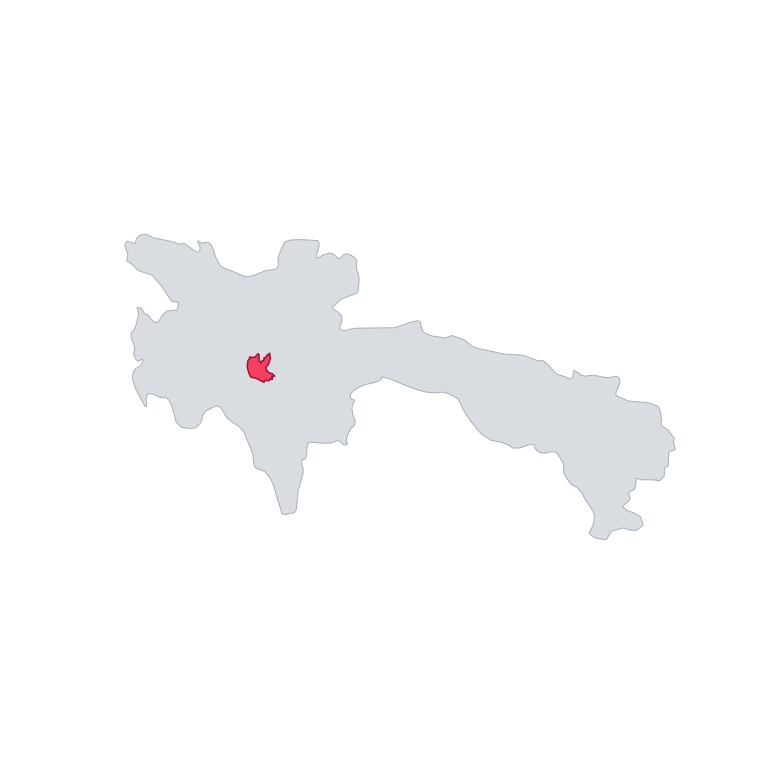 Xieng Ngeun, Louangphrabang, Laos shown in context, rotated 322°
{"feature_id": "54806243B25944960154772", "entity_name": "Xieng Ngeun", "entity_type": "district", "adm_level": 2, "iso_a3": "LAO", "parent_name": "Laos", "parent_adm1": "Louangphrabang", "projection": "natural_earth1", "projection_center": [102.356, 19.612], "detail": "fine", "context": "in_parent", "style": "filled", "palette": "rose", "viewbox_px": 768, "rotation_deg": 322, "n_neighbors": 0, "source": "geoboundaries", "source_scale": "gbopen_adm2", "svg_char_len": 7829}
<svg xmlns="http://www.w3.org/2000/svg" viewBox="0 0 768 768"><g transform="rotate(322 384 384)"><path d="M289.2,120.5L292.1,126.5L305.9,142.8L308.3,147.2L313.3,150.6L317.6,165.0L319.3,165.9L321.6,164.9L323.4,162.9L324.8,157.3L325.7,156.7L327.3,161.3L331.2,162.7L332.9,164.7L333.4,168.2L332.8,171.7L329.6,179.9L327.7,190.9L341.2,214.6L346.8,217.8L360.3,221.7L369.5,226.9L373.7,225.7L377.7,219.8L382.6,216.5L391.6,211.5L394.3,211.2L399.3,213.2L407.5,219.1L420.0,230.1L419.6,233.0L417.3,235.9L410.7,240.3L408.6,243.1L409.9,244.1L415.4,244.8L422.0,247.3L424.0,250.2L425.1,256.8L426.3,258.0L432.3,257.3L434.2,258.2L436.4,260.3L438.6,265.8L438.5,269.9L432.5,277.1L431.8,281.4L428.7,286.5L420.5,295.1L418.3,295.6L403.0,290.9L390.8,291.5L389.8,293.3L391.9,298.5L392.5,303.7L390.6,307.6L383.6,312.7L383.3,314.9L384.8,317.2L395.0,321.8L427.5,346.6L442.4,351.4L448.9,354.5L450.6,356.3L450.5,358.4L448.8,361.2L447.4,366.0L447.4,368.9L448.9,371.8L451.6,376.0L460.7,385.4L467.4,387.6L474.4,398.4L476.5,407.8L480.0,413.9L497.0,434.3L511.2,446.8L519.6,460.4L523.7,463.4L525.0,468.3L526.2,482.6L531.2,489.7L532.2,492.6L534.3,494.7L536.7,495.1L541.6,490.4L542.6,491.1L544.9,498.6L547.0,501.4L554.5,506.0L562.4,515.1L566.7,518.4L572.1,521.0L572.9,523.8L571.9,526.7L570.2,528.6L561.0,533.9L559.8,536.1L566.0,547.7L581.4,562.1L586.2,570.7L585.2,574.8L581.0,583.2L577.9,585.4L577.0,588.0L579.5,594.9L579.3,605.4L576.3,607.9L573.7,614.4L571.8,614.8L567.1,612.5L557.3,623.6L553.0,623.0L548.1,629.2L541.7,630.0L537.3,625.4L527.9,618.0L524.5,613.4L521.6,617.4L516.6,621.2L509.7,619.8L507.8,625.4L506.5,626.4L498.0,627.3L496.4,628.2L497.8,633.3L502.8,641.8L504.4,646.8L501.3,654.8L492.5,654.6L488.6,651.3L483.6,644.5L472.4,640.0L464.9,643.1L462.6,642.9L457.0,637.2L454.9,633.5L453.6,628.0L462.1,623.6L466.4,620.1L469.3,616.4L470.4,612.6L471.8,596.7L473.0,591.0L472.3,584.1L469.9,578.7L469.9,570.6L471.1,564.0L474.3,560.7L476.6,556.0L477.9,545.3L476.9,542.6L473.6,540.0L468.2,537.5L464.8,534.4L463.4,530.6L463.6,527.3L465.2,524.5L461.1,521.3L451.3,517.8L445.9,513.6L444.7,508.6L440.6,502.2L433.6,494.2L429.8,482.8L429.4,467.8L430.2,455.7L433.2,441.6L429.1,431.4L424.6,426.0L418.3,422.1L412.3,416.4L406.7,409.0L399.9,398.1L391.9,383.7L386.6,377.2L383.9,378.7L378.2,377.4L369.5,373.2L361.9,371.0L355.4,370.6L351.2,371.6L349.2,373.8L349.1,376.0L350.7,378.1L349.9,379.8L346.5,381.0L343.7,383.4L340.7,388.7L338.5,395.6L335.3,398.3L330.4,398.8L325.5,400.8L320.7,404.2L318.4,406.7L318.7,408.5L317.6,408.9L315.3,407.9L314.2,405.6L314.3,402.0L311.8,399.6L306.8,398.4L301.1,394.5L290.2,384.5L287.7,384.1L284.1,386.7L279.4,392.2L275.6,394.5L272.5,393.3L270.2,395.3L268.5,400.4L265.5,404.4L250.8,415.1L237.6,429.0L234.2,430.3L226.3,426.4L223.7,423.7L234.7,395.3L236.4,388.4L236.1,379.3L231.4,371.7L231.2,369.5L232.0,367.1L237.6,358.3L244.1,335.6L243.8,328.6L240.9,320.8L239.4,313.5L240.7,303.4L240.2,299.5L237.1,297.6L227.1,295.6L221.3,297.2L218.6,300.0L215.2,301.7L208.9,302.6L202.9,299.2L197.9,293.5L196.7,286.4L203.0,271.2L204.6,265.4L204.4,262.6L203.3,259.7L201.8,259.4L198.7,255.8L195.6,249.5L192.6,246.6L189.9,247.1L187.3,249.5L183.1,255.5L181.8,254.7L185.5,233.8L189.0,224.8L193.1,220.7L197.5,218.9L202.1,219.6L205.9,218.8L209.0,216.6L208.7,215.4L205.1,215.1L203.6,212.7L204.4,208.2L206.0,205.4L208.5,204.0L211.0,199.5L213.3,191.9L216.2,188.0L219.5,187.9L225.3,184.6L233.4,178.1L236.6,171.9L239.6,174.7L238.5,182.0L240.1,183.5L240.8,186.1L240.4,190.2L241.1,193.6L242.3,195.3L244.1,196.1L252.7,193.2L258.0,192.9L266.6,198.3L271.7,194.3L271.8,192.8L267.6,187.8L268.9,169.5L268.4,155.5L261.3,145.2L259.8,141.0L259.1,134.2L257.1,128.5L262.2,123.8L265.0,115.3L268.5,113.2L269.7,113.5L274.0,119.9L279.5,116.7L283.7,116.7L287.3,118.4L289.2,120.5Z" fill="#d9dde1" stroke="#a8b0b8" stroke-width="1"/><path d="M302.7,310.3L302.5,308.0L302.4,307.7L302.3,307.4L302.1,307.0L302.0,306.7L301.7,306.3L301.6,306.1L301.3,305.8L300.9,305.4L300.8,305.2L300.7,305.1L300.5,304.8L300.4,304.5L300.2,304.2L300.2,303.9L300.2,303.5L300.3,303.2L300.0,302.6L299.7,302.1L299.7,301.7L299.8,301.5L300.2,301.2L300.4,300.7L300.4,300.4L300.4,300.0L300.5,299.3L300.6,299.0L301.2,298.3L301.7,298.1L303.2,298.0L303.7,297.8L303.9,297.7L304.3,297.6L305.0,297.4L310.4,293.8L310.6,293.4L310.7,293.2L310.8,293.1L311.2,292.2L311.4,291.8L311.5,291.6L311.8,291.2L312.0,290.9L312.2,290.7L312.4,290.4L312.5,290.2L312.7,289.8L312.8,289.6L312.6,289.3L312.4,289.3L312.1,289.4L311.9,289.5L311.7,289.6L311.6,289.8L311.4,289.9L311.2,290.0L311.1,289.9L311.0,290.0L310.9,290.1L310.7,290.1L310.7,289.9L310.7,289.6L310.4,289.6L310.2,289.7L310.0,289.4L309.8,289.4L309.7,289.4L309.7,289.2L309.4,289.3L309.2,289.4L309.2,289.5L308.9,289.7L308.7,289.7L308.5,289.8L308.3,289.9L308.2,290.0L308.0,289.9L307.9,289.9L307.8,290.0L307.7,290.0L307.4,290.0L307.2,290.1L306.9,290.1L306.7,290.1L306.5,289.9L306.4,289.9L306.2,289.8L306.1,289.7L305.9,289.5L305.7,289.7L305.5,289.8L305.3,289.9L305.2,289.9L305.2,290.0L305.0,290.3L304.9,290.5L304.8,290.8L304.7,290.8L304.2,290.9L303.9,291.0L303.6,291.1L303.3,291.1L303.0,291.0L302.8,291.1L302.6,291.3L302.4,291.3L302.4,291.2L302.1,291.0L302.0,290.8L301.8,290.7L301.6,290.7L301.5,290.8L301.4,291.0L300.9,291.0L300.7,291.0L300.6,290.9L300.4,290.9L300.2,291.0L300.0,290.9L299.9,291.0L299.9,290.9L299.9,290.7L299.9,290.4L300.0,290.2L299.9,289.8L299.9,289.7L300.0,289.5L300.0,289.4L300.0,289.2L300.2,288.4L300.3,288.2L300.5,288.0L300.9,287.7L301.2,287.4L301.4,287.2L301.6,286.9L301.7,286.2L301.7,285.8L302.1,285.7L302.4,285.5L302.9,285.0L303.1,284.6L303.3,284.3L303.4,283.9L303.5,283.4L303.6,282.8L303.2,282.7L302.9,282.7L302.2,282.7L301.8,282.8L301.4,282.9L301.0,283.0L300.9,283.0L300.7,283.1L300.1,283.1L299.8,283.2L299.5,283.2L299.1,283.2L298.6,283.1L298.3,283.1L298.1,283.0L297.9,283.0L297.4,282.6L297.2,282.5L296.8,282.1L296.6,281.9L296.5,281.7L296.3,281.6L296.1,281.4L295.8,281.3L295.7,281.3L295.4,281.2L295.3,280.9L295.3,280.6L295.2,280.4L295.1,280.2L294.9,280.1L294.7,280.1L294.5,280.3L294.4,280.4L294.3,280.6L294.2,280.9L294.1,281.2L293.8,281.3L293.5,281.3L293.3,281.3L292.9,281.3L292.6,281.3L292.4,281.4L292.3,281.5L291.8,281.7L291.6,281.7L291.3,281.9L291.0,282.0L290.7,282.1L290.5,282.4L290.3,282.6L289.4,283.6L289.2,283.8L288.9,284.0L288.6,284.4L288.3,284.7L288.0,285.0L287.7,285.4L287.3,285.7L287.1,285.9L286.9,286.2L286.8,286.5L286.5,286.9L286.4,287.2L286.2,287.7L285.9,288.1L285.7,288.5L285.6,288.9L285.5,289.1L285.3,289.5L285.2,290.0L284.8,291.0L284.6,291.5L284.4,292.0L284.3,292.3L284.1,292.6L284.1,292.8L284.0,293.1L283.8,294.1L283.7,294.4L283.5,295.0L283.4,295.3L283.4,295.6L283.4,295.9L283.5,296.4L283.5,296.6L283.7,297.1L284.1,297.7L284.4,298.1L284.7,298.5L285.0,298.7L285.3,298.9L285.5,299.1L285.6,299.3L285.8,299.5L286.0,299.8L286.2,300.0L286.4,300.3L286.7,300.8L286.9,301.0L287.0,301.3L287.1,301.5L287.3,301.8L287.4,302.1L287.5,302.3L287.7,302.7L287.9,303.2L288.2,303.8L288.3,304.2L288.5,304.5L288.7,305.2L289.0,305.7L289.1,306.0L289.2,306.3L289.3,306.5L289.5,306.7L289.7,307.2L289.8,307.2L289.9,307.3L290.0,307.3L290.1,307.5L290.2,307.8L290.2,308.0L290.2,308.3L290.4,308.7L290.5,308.8L290.7,308.7L291.0,308.4L291.5,308.0L292.0,308.0L292.8,308.3L293.2,308.4L293.3,308.4L293.4,308.5L293.5,308.5L293.7,308.8L293.7,309.3L293.8,309.4L294.3,309.7L294.4,309.8L294.5,309.9L294.6,310.0L294.8,310.0L295.0,310.1L295.4,310.5L295.5,310.6L295.8,310.7L296.1,310.6L296.5,310.3L296.6,310.2L296.8,310.2L297.1,309.9L297.3,309.8L297.4,309.7L297.5,309.7L297.5,309.8L297.9,310.4L297.9,310.6L298.0,310.7L298.1,310.8L298.3,310.9L298.4,311.0L298.4,310.9L298.6,310.8L298.9,310.7L299.0,310.8L299.4,310.9L299.5,310.8L299.5,310.7L299.9,309.9L300.0,309.5L300.1,309.2L300.4,309.1L300.5,309.1L300.9,309.4L301.0,309.5L301.0,309.9L301.0,310.0L301.3,310.1L301.6,310.0L301.6,309.9L301.8,309.9L301.9,310.0L302.2,310.1L302.5,310.2L302.7,310.3Z" fill="#f43f5e" stroke="#9f1239" stroke-width="1.5"/></g></svg>